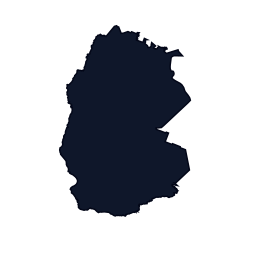 outline of South Waikato District, Waikato, New Zealand, rotated 21°
{"feature_id": "76426892B10420121574176", "entity_name": "South Waikato District", "entity_type": "district", "adm_level": 2, "iso_a3": "NZL", "parent_name": "New Zealand", "parent_adm1": "Waikato", "projection": "natural_earth1", "projection_center": [175.86, -38.168], "detail": "fine", "context": "isolated", "style": "filled", "palette": "ink", "viewbox_px": 256, "rotation_deg": 21, "n_neighbors": 0, "source": "geoboundaries", "source_scale": "gbopen_adm2", "svg_char_len": 5751}
<svg xmlns="http://www.w3.org/2000/svg" viewBox="0 0 256 256"><g transform="rotate(21 128 128)"><path d="M65.6,54.3L65.8,54.8L65.7,56.0L66.0,56.6L64.9,58.6L65.6,59.8L65.1,60.5L65.5,61.8L65.6,62.8L64.6,63.9L64.4,64.5L64.5,64.8L65.3,65.6L65.2,66.1L65.8,66.4L65.9,66.6L65.6,68.2L65.6,69.0L65.4,71.1L65.8,72.5L65.5,72.9L64.3,73.3L63.8,73.7L63.8,74.3L64.8,75.1L63.7,76.4L63.7,76.9L63.9,77.4L65.0,77.5L65.4,78.0L65.0,81.5L65.4,82.5L65.4,83.3L65.7,85.9L65.4,87.1L66.1,88.5L66.0,90.0L65.7,90.6L65.2,90.3L64.3,91.2L63.0,91.3L61.0,91.9L60.5,91.7L60.0,92.3L60.0,93.1L60.3,93.2L60.5,93.8L60.5,95.6L59.5,98.2L59.7,99.4L58.9,101.7L59.4,102.4L59.1,104.9L57.6,108.4L57.0,109.1L55.8,109.2L55.6,109.4L56.5,111.1L56.4,112.0L56.6,112.8L57.9,113.4L58.2,113.8L58.5,115.0L58.2,116.4L59.0,117.9L59.2,118.8L60.2,119.1L60.9,119.6L60.9,120.0L60.7,121.0L61.7,122.3L62.3,123.8L62.8,124.2L64.0,124.5L63.9,124.9L63.2,125.4L63.1,125.8L63.6,126.1L65.7,126.0L67.3,126.8L67.4,127.3L66.8,127.8L66.8,128.3L67.5,129.2L68.3,128.7L68.6,128.8L68.8,129.9L69.7,131.4L69.7,132.3L70.2,134.0L69.7,134.7L69.7,135.7L69.4,136.5L69.7,138.6L69.5,140.3L70.4,142.2L70.8,143.3L70.6,144.5L70.9,145.4L70.2,147.0L70.5,147.7L71.7,148.7L70.8,149.5L70.9,153.5L71.4,155.3L71.7,156.0L71.6,156.6L71.3,156.9L70.9,158.6L71.5,159.8L71.5,161.7L71.4,162.1L71.7,162.8L71.8,164.8L73.0,166.6L73.0,168.8L72.6,169.7L71.7,170.8L72.1,173.0L73.6,175.4L74.4,175.6L74.6,176.7L81.7,180.7L82.7,181.9L82.9,182.7L83.5,183.2L83.4,183.8L83.7,184.3L85.0,185.6L85.8,185.9L86.8,187.0L87.5,188.4L87.6,189.9L87.8,190.1L89.7,190.1L89.8,191.0L90.5,191.2L93.3,191.4L96.1,192.3L97.7,193.1L99.2,194.4L99.7,195.1L100.1,196.1L100.2,197.8L99.9,199.2L99.2,200.4L98.3,201.6L97.3,202.5L96.7,203.4L96.1,204.6L96.1,205.8L96.7,205.8L97.2,206.6L97.9,207.0L98.5,208.8L100.9,209.5L102.2,210.5L103.3,211.1L105.0,212.8L105.8,213.3L106.2,212.8L107.4,213.7L106.8,214.3L106.9,214.6L107.6,215.5L108.8,216.1L109.2,216.8L108.9,217.6L109.8,218.1L110.0,219.6L110.9,220.3L112.6,220.9L116.5,220.5L117.3,219.8L118.8,219.3L119.2,218.7L119.7,218.9L120.3,217.5L121.6,216.0L122.0,216.1L122.5,216.5L124.0,216.0L126.3,215.9L129.0,217.1L130.7,217.5L131.3,217.0L131.8,216.3L132.9,216.2L136.0,214.7L140.3,213.6L141.3,213.7L142.3,214.3L143.0,214.4L144.0,214.2L144.7,214.4L144.8,214.3L146.0,214.7L147.2,214.7L147.9,214.5L148.4,213.7L149.5,213.5L149.8,213.2L151.8,212.7L152.3,212.2L153.2,212.3L154.0,211.8L154.1,211.3L154.5,210.9L155.0,211.2L157.0,211.2L157.4,210.4L156.9,209.8L157.0,209.4L158.1,208.9L158.6,208.2L159.8,207.9L160.3,207.2L161.4,206.4L161.6,205.9L162.6,205.2L162.9,204.7L164.2,204.4L164.2,204.0L165.0,203.6L165.7,203.8L165.4,202.9L165.5,202.6L166.8,202.5L166.3,202.2L166.3,201.9L166.9,201.3L167.5,200.9L167.7,200.4L167.4,199.5L167.0,199.0L166.7,198.2L166.6,196.8L166.0,196.6L166.1,196.4L165.9,196.3L166.1,195.9L165.7,195.9L165.7,195.4L166.3,194.9L167.7,194.9L168.1,194.4L168.9,193.9L169.1,193.5L169.5,193.0L170.1,193.2L170.6,193.0L170.8,192.6L171.9,192.4L172.2,191.6L172.6,191.8L172.9,191.7L172.5,190.6L172.5,190.1L173.0,190.0L173.5,189.4L174.2,189.2L174.3,188.8L174.8,188.6L174.9,188.3L174.3,188.2L174.4,187.9L175.2,188.0L175.8,187.8L176.4,186.9L176.4,186.7L175.9,186.3L175.7,185.3L175.2,184.9L176.0,185.2L176.7,185.0L179.1,182.4L180.9,181.8L182.1,181.1L183.5,180.7L184.6,179.2L186.4,179.0L187.4,178.4L189.1,177.7L190.4,178.2L191.2,178.1L192.3,177.0L193.8,176.1L194.7,174.6L195.1,174.4L195.3,173.9L195.0,173.6L194.7,173.7L194.6,173.2L195.0,173.1L194.8,172.4L194.3,172.1L195.7,171.3L196.3,171.6L196.9,171.2L196.9,170.9L196.5,170.6L196.9,169.8L196.6,169.5L196.9,168.9L196.3,169.0L196.1,168.1L195.6,167.7L195.4,167.8L195.5,168.2L195.1,168.2L194.9,167.9L194.8,167.3L194.3,167.4L194.1,167.1L193.4,166.8L193.2,167.1L192.9,166.6L192.6,167.0L192.3,166.9L192.0,166.7L192.0,166.4L191.5,166.6L190.9,166.5L190.8,166.2L190.4,166.4L190.2,165.9L190.3,165.6L190.0,165.3L189.8,165.5L189.4,165.5L189.5,164.9L189.2,165.0L188.9,164.9L194.6,164.0L191.0,162.6L192.2,162.2L200.4,145.2L189.4,127.7L183.9,127.7L183.5,126.8L175.2,126.7L175.2,127.6L167.6,127.6L167.6,118.2L165.2,118.2L164.6,119.3L163.5,119.1L154.9,119.2L154.2,118.0L159.0,115.6L160.6,112.6L174.8,83.3L176.3,79.8L175.0,78.0L174.2,77.3L172.1,75.8L168.2,73.5L167.2,72.4L165.5,70.3L162.8,68.4L160.8,67.7L154.7,66.9L151.4,66.0L151.1,65.5L151.0,65.0L151.2,63.4L151.7,61.9L151.3,60.4L150.5,59.4L149.7,58.9L149.3,58.9L148.5,59.6L148.1,59.5L146.3,57.8L145.4,55.9L144.8,54.0L143.1,47.0L143.2,46.0L144.6,44.3L145.3,43.9L153.0,41.1L147.7,38.4L146.7,37.1L137.3,44.5L136.8,44.5L134.2,43.5L134.0,42.9L134.3,43.1L134.6,42.0L134.3,41.9L134.1,40.9L134.7,40.9L136.1,40.4L136.0,39.9L135.1,39.2L134.7,39.1L134.5,39.5L133.5,39.5L133.1,39.6L133.0,40.0L132.7,40.2L133.0,40.5L132.9,40.8L132.4,40.7L132.2,40.4L131.9,40.7L131.1,40.5L130.3,40.9L130.2,41.1L127.4,40.8L127.7,41.1L127.1,42.6L126.8,42.5L126.7,43.7L125.9,44.3L125.8,44.1L125.4,44.0L124.4,44.4L123.2,44.2L123.1,43.8L124.3,41.5L119.5,39.8L119.6,40.6L119.9,40.7L119.8,40.9L120.0,41.1L119.8,41.1L120.2,41.3L119.8,41.7L120.2,42.9L120.0,44.6L117.7,45.7L117.2,44.8L116.6,44.2L113.8,43.2L113.4,42.3L113.6,41.9L113.2,41.3L113.3,40.8L112.4,39.4L112.6,39.5L114.2,38.7L111.2,38.5L111.2,42.8L105.0,42.9L105.2,42.5L104.6,42.5L104.8,42.0L104.6,41.4L104.4,41.3L104.0,41.4L104.1,40.9L104.5,40.6L104.0,40.4L104.1,39.9L103.9,39.7L103.5,39.7L103.4,39.1L103.9,38.4L104.9,38.5L104.7,38.1L104.8,37.7L104.3,37.5L104.7,37.2L104.3,37.0L103.8,37.5L103.6,37.3L103.6,37.0L103.9,36.8L104.3,35.1L102.5,35.6L102.4,36.0L102.6,37.0L96.9,36.9L96.5,38.2L93.4,38.0L89.6,41.2L87.7,42.1L83.0,37.0L82.3,37.6L80.8,36.6L78.9,38.0L74.7,50.5L73.1,50.0L72.9,50.7L71.8,50.4L71.2,51.1L70.3,50.9L69.9,51.5L69.4,50.7L68.6,50.5L67.8,51.9L67.4,51.8L66.6,52.3L66.5,53.3L65.6,54.3Z" fill="#0f172a" stroke="#020617" stroke-width="1.5"/></g></svg>